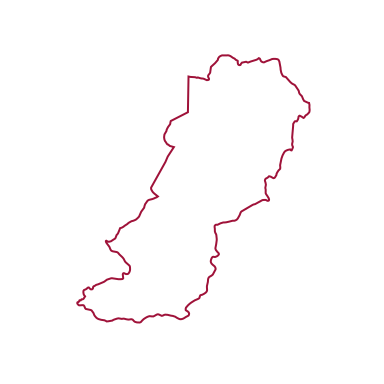 Nuevo Celilac, Santa Bárbara, Honduras (Mercator projection), rotated 125°
{"feature_id": "27666195B84873430448704", "entity_name": "Nuevo Celilac", "entity_type": "district", "adm_level": 2, "iso_a3": "HND", "parent_name": "Honduras", "parent_adm1": "Santa Bárbara", "projection": "mercator", "projection_center": [-88.362, 14.974], "detail": "fine", "context": "isolated", "style": "outline", "palette": "rose", "viewbox_px": 384, "rotation_deg": 125, "n_neighbors": 0, "source": "geoboundaries", "source_scale": "gbopen_adm2", "svg_char_len": 6010}
<svg xmlns="http://www.w3.org/2000/svg" viewBox="0 0 384 384"><g transform="rotate(125 192 192)"><path d="M347.0,187.7L346.1,186.6L343.0,183.5L341.9,183.1L340.6,182.2L338.6,180.7L337.6,179.7L336.2,176.7L335.3,175.8L334.7,174.9L334.0,173.0L333.1,171.1L332.6,170.4L331.5,169.3L330.8,168.3L330.6,167.3L331.0,165.6L331.1,164.7L331.0,164.0L330.4,162.3L329.0,160.1L328.4,159.6L327.8,159.3L325.9,159.1L323.9,158.7L321.6,157.8L320.0,157.0L318.8,156.2L318.0,155.5L316.9,153.5L316.1,152.3L315.0,151.7L312.7,150.6L311.9,150.0L311.4,149.1L310.8,145.8L310.1,145.1L308.5,144.2L307.7,143.4L306.6,141.5L305.4,138.4L304.5,136.6L303.8,134.3L303.7,132.0L303.4,130.0L303.2,129.2L302.9,128.6L302.0,127.5L300.8,126.6L299.8,126.1L297.8,125.3L295.3,124.0L294.8,124.0L294.1,124.2L293.4,124.5L292.9,125.0L292.5,125.8L292.3,126.7L292.4,129.3L292.1,129.6L291.3,130.2L290.2,130.6L287.1,130.3L284.9,129.8L283.0,129.2L279.2,127.6L276.1,125.7L275.0,125.2L274.3,125.2L272.8,125.8L271.8,125.9L271.3,125.6L270.3,124.7L268.6,123.8L266.8,123.1L265.7,122.9L264.6,123.0L263.8,123.3L261.4,125.2L260.5,125.8L256.6,127.4L254.4,128.7L253.4,129.1L252.5,129.2L251.6,129.1L249.2,128.0L247.7,127.6L241.9,128.3L241.0,128.9L240.3,129.9L239.9,131.0L239.7,133.5L239.4,135.0L238.8,136.1L238.0,136.9L237.0,137.4L235.7,137.8L234.6,138.0L233.5,137.9L232.9,137.5L232.1,135.9L231.3,135.3L230.1,134.6L229.1,134.3L228.2,134.2L227.5,134.3L227.1,134.7L226.8,135.3L226.5,136.9L225.8,139.2L224.9,140.4L224.4,140.7L221.0,142.2L217.5,144.0L216.4,144.7L213.3,147.4L212.8,148.0L212.0,149.6L211.1,150.7L208.9,152.3L208.2,153.0L207.3,153.7L206.7,154.0L205.7,153.9L205.2,153.7L204.8,153.2L204.2,152.3L201.3,150.7L199.0,148.9L198.3,147.9L197.3,146.7L195.0,144.6L192.3,142.3L191.2,140.8L190.3,140.1L189.0,139.5L187.5,139.3L183.6,139.7L180.9,140.4L180.0,140.4L179.5,140.3L167.7,134.9L166.9,134.4L165.8,133.4L158.3,129.7L157.2,128.5L156.2,127.0L156.1,126.5L156.0,125.5L155.8,124.9L155.2,124.3L154.7,124.2L153.9,124.6L153.1,125.6L152.0,128.1L151.3,130.0L150.7,131.0L147.8,133.0L146.6,134.3L143.7,135.6L142.2,137.1L141.0,138.7L140.5,139.0L139.9,139.2L138.9,139.3L138.1,138.9L136.9,138.3L134.9,137.9L134.3,136.4L134.0,133.3L133.4,132.7L132.5,132.4L129.7,132.6L128.5,133.2L127.1,133.4L124.7,133.5L123.3,133.2L122.4,133.1L121.2,133.8L119.5,135.2L113.3,137.9L110.1,138.8L107.0,139.2L105.8,139.2L104.9,139.0L103.7,138.4L102.5,137.6L101.3,136.5L100.8,136.0L100.8,135.7L101.0,135.4L101.1,135.1L101.0,134.6L100.8,134.3L100.2,134.3L98.0,134.8L97.4,135.0L97.1,135.3L96.8,135.7L96.5,136.4L95.8,137.1L95.1,137.6L92.9,138.5L91.7,139.5L90.4,140.8L89.8,141.3L79.8,147.1L78.6,147.9L78.0,148.2L75.8,148.3L75.2,148.3L74.7,147.9L74.2,146.9L74.0,146.7L71.9,146.8L70.6,147.2L69.2,147.9L68.6,147.9L68.1,147.8L67.7,147.5L67.6,146.7L67.4,145.3L67.4,143.2L66.9,142.9L65.9,142.8L64.5,142.9L63.4,142.6L62.4,142.1L59.7,141.7L59.0,141.8L57.3,142.7L55.3,144.4L53.3,145.7L51.9,147.2L52.3,148.0L52.5,149.0L53.1,152.4L52.3,154.1L50.5,156.9L49.9,160.0L49.3,161.1L48.2,162.3L47.8,162.8L45.5,168.7L45.5,170.0L45.8,172.0L45.7,173.5L45.5,174.8L44.0,181.0L44.8,183.4L44.8,184.0L44.5,184.8L43.4,186.8L42.8,187.6L41.0,189.5L39.3,190.9L35.1,195.2L34.3,196.5L34.1,197.4L34.3,198.4L35.2,200.2L36.1,201.5L37.2,202.7L39.5,204.1L42.1,206.0L44.4,207.3L44.9,208.0L45.2,208.9L45.3,210.1L45.0,211.0L44.0,212.7L43.9,212.9L43.9,213.6L44.1,214.1L45.5,214.4L46.9,215.2L51.5,218.8L53.9,220.4L54.3,222.4L57.4,225.3L58.9,225.4L60.1,225.2L60.4,225.4L60.8,225.8L61.1,226.7L61.0,227.4L59.9,228.7L58.5,229.6L58.3,229.9L58.6,232.0L58.3,233.6L58.6,235.4L58.6,238.4L58.9,239.8L59.3,240.8L60.4,242.2L62.8,245.7L64.3,246.7L65.7,247.2L67.7,247.2L68.7,246.7L69.2,246.6L73.2,247.0L77.6,248.0L78.6,248.2L79.5,247.8L83.8,245.6L84.4,245.5L87.1,245.6L87.5,245.5L88.0,245.2L88.5,244.7L89.5,243.0L90.0,242.7L90.5,242.7L91.2,243.2L91.9,244.1L92.5,247.3L92.8,248.1L93.4,249.0L94.2,250.9L94.8,252.9L95.0,253.1L95.6,253.4L96.2,255.3L98.7,259.4L99.4,261.1L129.0,241.1L146.0,250.1L147.2,249.7L148.5,249.0L149.2,248.8L152.3,248.9L153.4,248.8L155.4,248.5L156.8,247.9L160.6,247.6L162.0,246.9L163.1,246.3L163.9,245.6L164.9,244.6L165.7,243.4L166.2,241.9L166.9,240.3L167.1,239.3L166.8,238.7L167.0,236.6L165.6,232.6L176.9,232.2L182.6,231.0L211.9,228.0L213.0,227.2L213.5,226.4L214.3,224.7L214.6,223.9L214.9,221.9L215.2,217.4L216.6,217.9L217.9,218.8L218.7,219.2L220.5,220.4L223.1,222.7L223.9,223.1L224.6,223.4L228.9,223.4L230.9,222.8L232.3,222.2L237.3,222.3L242.3,221.3L242.9,221.3L245.2,221.7L247.0,222.2L249.1,223.5L250.5,224.7L251.0,225.0L253.8,226.3L255.3,226.6L258.5,227.9L259.7,228.2L261.4,229.0L263.0,230.2L263.8,229.9L268.2,228.9L269.5,228.9L270.5,229.1L273.5,228.3L274.3,228.3L276.4,229.2L278.8,230.1L280.2,231.3L280.5,231.6L280.9,232.6L281.1,234.3L281.3,234.4L281.6,234.4L282.1,234.0L282.6,233.2L283.3,231.3L284.3,228.2L285.8,225.9L286.3,224.7L286.3,224.0L286.0,222.8L284.4,219.3L284.2,218.5L284.2,217.8L284.4,217.0L284.8,215.6L285.3,212.0L285.6,210.7L286.0,209.5L287.2,207.3L287.6,206.1L288.2,200.9L288.6,200.3L289.0,199.8L290.8,198.4L292.1,197.7L293.7,197.3L295.2,197.3L295.8,197.5L296.3,197.9L297.1,199.0L297.5,201.2L297.8,201.5L298.2,201.7L298.8,201.6L299.4,201.3L301.5,199.4L302.1,198.9L302.7,198.9L303.2,199.1L304.1,200.1L305.6,202.2L308.4,207.8L309.0,208.7L312.6,211.4L315.4,212.3L316.3,212.7L321.4,215.9L323.0,217.2L325.3,218.1L325.6,218.5L326.5,218.5L328.0,217.8L329.1,218.1L329.5,218.6L329.8,219.1L329.8,220.0L329.4,221.7L329.6,222.1L330.0,222.4L330.9,222.7L331.8,222.8L333.0,223.4L334.2,224.2L335.2,224.2L336.3,223.6L337.7,222.3L338.4,221.2L338.8,219.7L341.5,219.6L342.0,219.7L342.6,220.0L343.1,220.5L343.3,220.9L344.6,221.0L345.0,221.8L345.2,222.0L345.7,222.0L346.2,221.7L346.9,221.8L347.3,221.9L347.9,222.5L348.6,222.4L349.0,222.1L349.3,221.6L349.6,220.5L349.6,219.6L349.2,218.9L347.5,216.8L347.1,216.1L347.0,215.6L347.3,214.7L348.5,212.8L348.7,211.9L346.8,207.4L346.6,206.4L347.6,203.4L348.9,201.4L349.2,200.7L349.8,198.5L349.9,197.1L349.7,195.7L348.8,193.1L347.3,190.1L347.0,188.5L347.0,187.7Z" fill="none" stroke="#9f1239" stroke-width="2"/></g></svg>